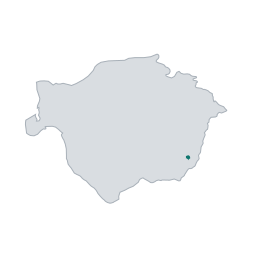 Boianu Mare, Bihor, Romania (highlighted), rotated 168°
{"feature_id": "2599482B10353811537276", "entity_name": "Boianu Mare", "entity_type": "district", "adm_level": 2, "iso_a3": "ROU", "parent_name": "Romania", "parent_adm1": "Bihor", "projection": "albers", "projection_center": [22.513, 47.387], "detail": "fine", "context": "in_parent", "style": "filled", "palette": "teal", "viewbox_px": 256, "rotation_deg": 168, "n_neighbors": 0, "source": "geoboundaries", "source_scale": "gbopen_adm2", "svg_char_len": 3931}
<svg xmlns="http://www.w3.org/2000/svg" viewBox="0 0 256 256"><g transform="rotate(168 128 128)"><path d="M196.2,141.0L198.6,143.9L201.6,145.4L208.3,146.6L208.9,146.4L208.9,146.0L208.4,145.6L208.3,145.0L208.6,144.3L209.5,144.2L211.0,144.7L213.8,143.5L217.7,140.7L221.5,139.9L225.1,141.0L227.0,142.6L228.3,144.1L228.1,146.1L228.0,147.4L227.6,152.7L227.1,154.7L226.3,156.9L215.6,160.5L216.2,159.2L215.8,157.0L215.2,155.4L216.1,153.8L213.6,153.5L212.6,154.4L211.9,155.9L212.9,159.1L211.8,161.0L211.5,162.1L211.6,164.5L211.0,165.5L210.9,166.7L212.6,166.2L212.0,168.4L209.1,172.6L208.1,175.1L209.1,184.4L208.1,190.2L208.1,191.8L204.6,192.2L203.5,192.1L200.1,191.5L196.2,190.3L193.8,187.5L192.3,185.6L189.2,186.7L188.6,186.5L187.6,185.6L185.2,185.1L182.2,185.2L175.4,181.9L174.6,181.3L169.5,182.2L161.8,184.5L156.0,187.1L150.0,191.5L147.6,194.7L144.8,196.5L140.7,197.9L133.3,197.7L125.6,196.4L117.2,194.9L112.8,196.0L106.8,195.4L97.6,193.5L90.9,193.0L84.2,194.2L83.1,193.3L82.8,192.3L83.1,190.8L84.0,189.6L85.6,188.7L86.5,187.8L86.5,186.8L84.7,185.4L81.0,183.3L79.5,182.0L79.1,181.7L79.0,180.6L78.2,179.7L76.8,179.0L75.7,177.8L74.9,176.1L75.1,174.4L76.2,172.9L77.6,172.2L79.4,172.4L80.1,172.0L79.8,170.9L78.1,169.6L75.0,167.9L71.8,168.8L68.6,172.3L66.3,172.8L64.8,170.5L62.3,169.1L58.7,168.6L56.5,167.7L55.6,166.3L54.1,165.2L50.6,164.1L50.5,163.0L51.1,162.8L52.4,162.7L54.0,162.5L54.3,161.9L54.3,161.3L53.0,160.6L51.7,160.1L51.0,159.7L50.6,159.1L50.5,158.6L50.9,158.2L51.4,158.2L52.0,157.9L52.3,156.6L53.0,155.6L53.5,155.2L53.5,154.4L53.0,153.7L52.3,153.1L51.2,152.7L47.9,151.5L46.3,150.0L45.2,149.9L43.6,149.0L41.9,147.7L40.5,145.7L38.9,144.5L38.4,144.0L38.4,143.5L38.7,143.0L38.7,142.4L38.3,140.6L38.7,138.6L38.6,136.8L38.6,136.0L38.3,135.7L38.0,136.0L37.6,136.3L37.2,136.4L36.1,135.0L34.6,132.2L33.6,131.3L31.7,130.0L30.0,128.9L28.9,126.6L27.7,124.8L28.5,124.1L33.3,123.2L35.5,124.3L36.5,123.9L37.5,123.1L38.1,122.5L38.2,121.8L38.7,121.0L40.3,120.6L44.5,121.2L46.2,120.0L46.9,119.4L47.3,117.9L47.8,116.7L49.3,116.1L49.3,115.1L49.1,113.9L50.0,111.3L50.5,110.2L51.4,109.9L52.4,109.1L54.3,107.4L53.9,105.9L54.2,104.8L56.1,102.1L57.6,99.6L57.6,98.3L57.8,97.2L59.0,95.9L60.4,94.3L62.1,89.3L62.7,88.5L63.9,87.5L64.7,86.6L64.8,83.3L65.6,82.3L67.1,81.3L68.6,79.5L69.9,77.5L70.8,76.6L72.0,76.3L73.4,75.5L74.9,75.2L76.3,75.6L77.3,75.4L78.6,74.4L82.2,70.7L82.7,69.9L83.4,69.4L86.3,68.1L87.0,66.8L88.0,65.6L89.3,65.7L93.4,68.5L97.9,68.3L98.7,68.4L99.0,68.4L99.5,68.7L105.5,70.0L106.4,69.8L106.6,69.7L109.1,70.8L111.2,70.6L113.2,69.8L115.2,69.4L117.2,69.9L118.7,71.5L122.6,74.9L123.7,76.1L125.5,75.9L127.4,75.2L129.2,72.8L135.1,69.9L139.7,69.1L144.0,67.8L149.2,66.8L150.5,64.6L151.3,63.1L151.7,60.3L154.4,59.4L157.0,58.7L157.9,58.3L159.8,58.1L161.3,58.2L163.7,59.5L165.4,61.1L166.1,62.4L167.6,64.2L169.2,66.8L171.0,70.2L171.5,72.0L172.2,73.9L173.5,76.2L176.0,78.7L176.3,79.1L177.5,80.9L179.8,84.9L181.6,86.4L183.1,88.1L184.0,89.8L185.1,91.3L187.8,93.3L189.9,95.1L191.9,100.6L193.2,103.1L194.1,105.1L194.1,109.1L194.6,110.8L193.9,114.0L192.7,120.4L192.7,125.4L193.1,128.1L193.3,129.8L193.8,130.9L194.4,133.2L194.6,135.1L194.1,135.8L193.2,136.3L192.9,136.7L193.8,137.6L195.0,139.2L196.2,141.0Z" fill="#d9dde1" stroke="#a8b0b8" stroke-width="1"/><path d="M76.5,87.8L76.5,87.7L76.6,87.4L76.4,87.3L76.4,87.2L76.5,87.0L76.4,87.0L76.4,86.9L76.4,86.7L76.2,86.6L76.1,86.4L75.9,86.5L75.7,86.5L75.7,86.4L75.7,86.2L75.7,85.9L75.4,85.9L75.2,85.9L75.1,86.0L75.1,85.9L75.1,85.7L75.0,85.8L75.0,85.7L74.9,85.7L74.8,85.8L74.7,85.8L74.4,85.8L74.4,85.7L74.4,85.8L74.5,86.1L74.4,86.1L74.3,85.9L74.1,86.0L74.1,86.3L74.1,86.5L74.2,86.4L74.3,86.4L74.5,86.4L74.7,86.5L74.8,86.7L74.9,86.8L75.0,86.9L75.0,87.0L74.9,87.1L75.0,87.2L75.0,87.3L75.0,87.5L74.9,87.5L75.0,87.5L74.9,87.6L74.9,87.8L75.0,87.8L75.0,88.0L75.3,88.0L75.5,88.0L75.5,87.9L75.8,87.9L76.0,87.8L76.1,87.7L76.3,87.7L76.3,87.8L76.5,87.8L76.5,87.8Z" fill="#14b8a6" stroke="#0f766e" stroke-width="1.5"/></g></svg>